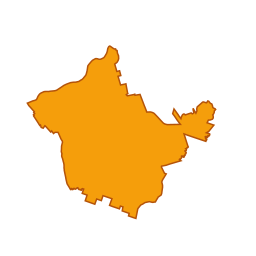 the district of Paulesti, Satu Mare, Romania, rotated 325°
{"feature_id": "2599482B77186768988963", "entity_name": "Paulesti", "entity_type": "district", "adm_level": 2, "iso_a3": "ROU", "parent_name": "Romania", "parent_adm1": "Satu Mare", "projection": "orthographic", "projection_center": [22.964, 47.739], "detail": "fine", "context": "isolated", "style": "filled", "palette": "amber", "viewbox_px": 256, "rotation_deg": 325, "n_neighbors": 0, "source": "geoboundaries", "source_scale": "gbopen_adm2", "svg_char_len": 5659}
<svg xmlns="http://www.w3.org/2000/svg" viewBox="0 0 256 256"><g transform="rotate(325 128 128)"><path d="M163.2,56.1L162.6,55.9L161.9,54.9L161.4,53.8L160.4,50.9L160.1,50.5L159.8,50.3L159.4,50.3L158.7,50.4L157.8,50.9L157.3,51.1L156.4,51.9L155.8,52.5L155.0,53.3L153.5,54.4L153.0,54.7L150.8,55.7L150.1,56.0L149.0,56.4L148.4,56.5L146.3,56.2L145.8,56.1L144.7,55.8L143.6,55.0L143.2,54.5L142.9,54.0L142.1,53.2L141.5,52.7L140.8,52.5L140.1,52.4L138.8,52.3L138.4,52.2L137.6,52.2L136.0,52.5L132.3,53.5L131.5,53.8L130.9,54.0L130.3,54.5L127.4,57.6L124.2,60.3L122.5,60.9L120.5,61.4L120.2,61.6L118.1,61.9L116.8,61.7L115.4,61.7L114.7,61.7L113.7,61.4L112.9,61.0L111.7,60.6L109.4,59.1L107.8,58.3L107.0,57.9L102.8,56.8L99.8,56.3L97.1,56.3L91.1,56.1L90.2,55.8L89.2,55.4L85.3,53.2L84.4,52.8L83.9,52.6L83.6,52.3L81.4,50.8L80.2,50.1L79.3,49.9L77.1,49.5L76.2,49.4L75.0,49.5L74.3,49.7L72.7,50.3L71.6,50.9L70.4,51.7L69.7,52.0L69.1,52.2L68.2,52.1L67.2,51.8L65.6,51.2L59.8,49.9L59.6,52.6L59.6,53.0L59.7,53.5L60.6,60.9L59.7,61.1L59.8,62.7L58.3,62.8L58.3,63.9L57.6,64.0L57.4,70.6L57.3,73.2L57.2,74.0L57.2,75.4L58.0,75.4L57.2,77.7L58.4,79.5L61.2,78.5L61.4,79.0L61.7,81.0L62.4,87.0L63.0,87.0L63.8,86.7L63.8,89.8L65.6,89.7L66.0,89.9L68.2,91.4L67.8,93.6L66.8,98.5L66.7,100.0L66.8,100.6L66.7,100.9L66.3,101.8L66.2,102.1L64.8,103.3L63.2,104.7L61.2,107.4L60.6,108.1L59.8,109.1L59.4,110.2L59.3,110.7L59.2,111.0L57.6,112.9L57.1,114.3L56.9,115.4L55.6,118.7L55.3,119.7L54.6,121.2L53.8,122.5L52.7,124.0L52.1,125.2L51.4,126.3L48.7,132.6L47.8,134.5L46.7,137.2L46.1,138.8L45.8,143.5L45.6,145.5L45.8,145.6L46.7,145.1L47.0,145.1L47.2,145.3L47.4,145.6L47.1,146.1L47.0,146.5L47.6,146.8L48.0,146.8L48.4,146.6L49.0,146.4L49.2,146.5L49.3,147.3L49.4,147.5L49.8,147.9L50.1,148.1L50.3,148.1L50.8,147.9L51.0,147.8L51.5,148.0L51.8,147.9L52.6,148.1L52.6,148.3L52.6,149.0L52.4,149.3L52.4,149.5L52.5,150.1L52.7,150.5L52.9,150.7L53.4,150.7L53.5,150.8L53.7,151.6L53.8,151.9L53.8,152.1L54.0,152.2L54.4,152.2L54.7,152.1L55.0,151.5L55.2,151.4L55.9,151.5L56.7,152.6L53.0,155.3L56.0,159.5L51.2,163.1L57.1,171.4L61.6,168.2L64.5,172.2L68.7,169.1L72.9,174.8L74.3,176.7L68.5,180.8L70.4,183.6L74.6,189.3L77.0,187.6L78.6,189.7L76.4,191.9L75.7,192.6L80.0,198.6L78.0,200.3L81.3,204.9L82.6,206.6L83.0,206.2L89.8,199.7L94.2,198.4L96.8,198.8L98.6,198.8L99.3,198.9L101.2,199.7L102.6,200.3L103.4,200.7L104.7,202.2L105.7,203.2L105.9,203.3L106.7,203.6L108.0,204.3L110.2,203.2L112.1,202.4L113.0,201.9L116.6,201.9L116.9,201.8L118.2,200.8L119.0,199.9L122.3,196.4L123.4,194.8L123.6,194.4L124.6,191.8L125.3,191.1L126.6,190.3L133.0,187.5L132.7,187.0L131.9,186.1L133.0,179.1L133.6,178.5L137.9,180.4L141.4,181.4L152.6,185.2L152.2,184.1L152.0,183.5L152.1,183.2L152.3,183.2L152.6,183.1L152.8,183.2L152.8,183.5L153.1,183.7L153.6,183.3L154.4,183.3L154.6,183.1L155.0,182.8L155.2,182.4L155.5,182.2L155.7,181.7L155.9,181.7L156.0,181.8L156.2,182.0L156.4,182.1L156.4,183.2L156.5,183.5L156.8,183.8L157.1,183.9L157.5,183.9L157.6,183.7L157.7,183.1L157.8,182.9L158.1,182.8L158.6,183.2L159.0,183.2L159.6,182.3L159.8,182.2L160.1,182.2L160.4,182.3L160.8,182.2L160.9,181.9L161.1,181.7L161.7,181.3L161.7,181.0L161.5,180.7L161.4,180.4L161.4,179.7L161.5,179.5L161.7,179.3L161.8,179.3L162.3,179.6L162.9,179.7L163.2,179.5L163.7,178.8L163.6,178.2L164.0,178.4L164.2,178.5L164.4,178.4L164.7,178.1L165.0,178.0L165.3,178.0L165.6,178.3L166.3,178.2L166.5,178.1L166.7,177.1L167.8,173.5L170.5,165.0L172.2,167.4L175.4,171.8L184.1,183.6L184.4,183.4L184.3,182.9L184.5,182.9L184.9,182.8L185.3,183.0L185.6,182.8L185.3,182.6L185.3,182.4L185.5,182.0L185.9,181.8L185.9,181.7L185.6,181.1L185.6,180.9L185.7,180.7L185.8,180.8L186.0,180.4L186.0,180.2L186.1,179.9L186.2,179.5L186.7,179.5L186.9,179.7L187.0,179.9L187.1,180.7L187.2,180.9L187.4,181.2L187.5,181.3L187.7,181.1L187.9,180.6L188.0,180.5L188.2,180.9L188.3,181.0L188.5,180.8L188.7,180.5L189.2,180.1L189.3,180.2L189.4,180.4L189.2,180.7L189.3,180.8L189.5,180.8L189.7,181.0L190.6,180.6L191.1,180.5L191.2,180.1L191.5,179.6L191.4,179.5L189.5,176.9L192.3,177.1L200.0,174.9L195.8,169.1L198.4,167.6L199.7,168.5L202.2,169.2L202.8,169.0L203.6,168.6L203.9,168.2L204.2,167.7L204.7,167.0L204.8,166.6L204.9,165.9L206.0,165.6L206.4,165.4L207.4,164.8L208.0,164.2L208.4,163.6L209.6,163.3L210.1,163.1L210.4,163.1L210.4,162.3L210.2,161.8L209.6,160.9L209.4,160.5L209.3,159.9L209.4,159.6L210.1,157.8L210.2,157.2L210.4,156.6L210.4,156.3L209.9,155.5L209.7,155.1L209.6,154.7L209.5,153.6L209.5,152.5L209.4,152.3L208.9,151.6L208.1,151.9L207.0,152.4L206.8,152.4L206.3,151.9L204.8,150.0L204.5,149.8L204.0,149.6L196.8,150.4L195.2,151.8L194.7,152.8L194.6,153.1L194.0,153.7L192.1,154.8L192.6,149.2L191.7,150.6L190.8,153.0L190.6,153.3L190.3,153.4L189.7,153.4L188.8,153.3L188.7,153.1L188.6,152.9L188.4,151.9L182.4,150.1L182.4,149.7L182.3,149.3L182.1,149.0L181.9,148.6L181.5,148.5L181.3,148.4L180.5,148.4L180.1,148.5L178.5,149.3L178.0,149.6L176.7,150.7L176.6,146.7L176.7,146.0L176.6,138.8L172.8,141.9L172.9,144.3L172.9,145.3L172.8,150.2L172.9,152.5L173.0,155.1L162.3,147.9L161.5,147.1L160.6,146.0L160.2,145.3L160.0,144.9L159.7,144.0L159.5,142.8L159.2,140.7L158.6,136.1L157.9,131.6L157.6,130.5L157.3,130.0L156.6,128.9L155.8,128.0L155.4,127.6L152.5,125.7L153.0,124.0L153.9,120.3L154.0,119.7L157.1,107.4L152.5,105.2L152.7,104.6L152.9,104.2L151.8,103.9L146.0,101.3L145.9,101.2L145.8,100.9L145.8,100.1L145.8,99.9L145.7,99.8L145.7,99.7L147.7,99.6L147.7,99.2L151.6,90.6L151.0,90.4L146.6,88.5L149.5,79.9L152.2,80.9L153.9,76.3L151.3,75.3L151.4,74.8L152.0,73.3L153.8,68.0L155.5,68.0L156.6,67.9L157.0,67.8L158.6,67.0L159.2,66.6L160.1,65.9L160.3,65.6L161.7,63.4L161.9,62.3L162.3,60.6L163.5,58.3L162.9,57.7L163.2,56.1Z" fill="#f59e0b" stroke="#b45309" stroke-width="1.5"/></g></svg>